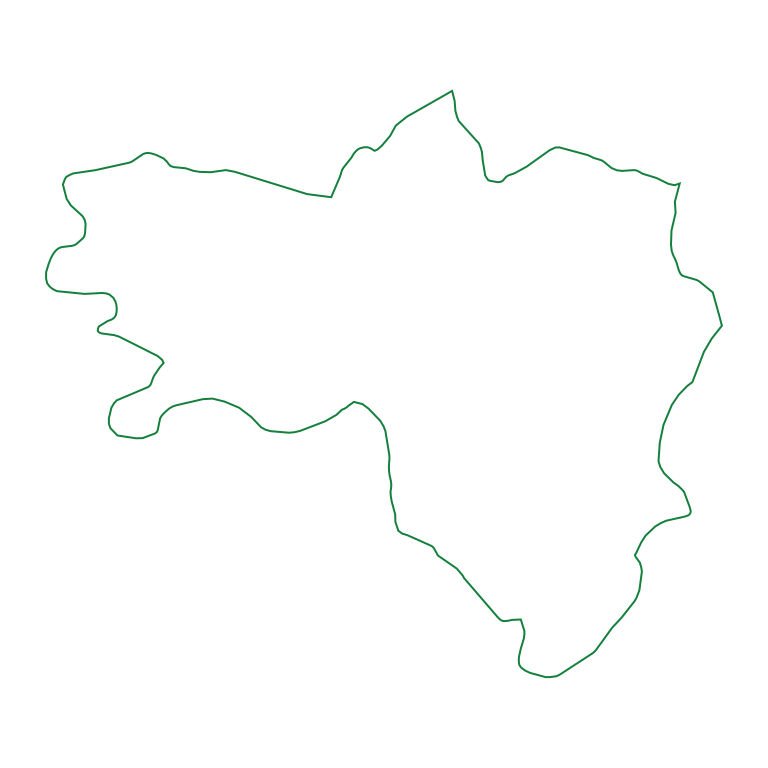 SVG path tracing the border of Wardak
{"feature_id": "AFG-1774", "entity_name": "Wardak", "entity_type": "Province", "adm_level": 1, "iso_a3": "AFG", "parent_name": "Afghanistan", "parent_adm1": "", "projection": "equal_earth", "projection_center": [68.09, 34.238], "detail": "fine", "context": "isolated", "style": "outline", "palette": "green", "viewbox_px": 768, "rotation_deg": 0, "n_neighbors": 0, "source": "natural_earth", "source_scale": "10m", "svg_char_len": 3438}
<svg xmlns="http://www.w3.org/2000/svg" viewBox="0 0 768 768"><path d="M679.7,183.5L674.9,201.6L675.6,213.0L671.5,230.4L671.0,244.6L671.7,250.9L673.2,255.3L674.9,258.6L676.7,263.1L678.7,269.9L680.1,273.2L681.8,275.3L684.0,276.3L696.5,279.9L699.3,281.4L712.8,292.4L719.8,317.7L721.9,325.7L711.7,338.6L703.9,351.9L692.4,382.1L687.0,386.2L678.7,394.8L671.8,405.0L663.5,424.9L659.8,442.7L658.5,461.3L660.4,467.2L664.2,473.4L673.4,482.4L678.3,485.9L682.4,489.9L684.1,492.0L689.9,507.6L690.6,510.6L690.7,511.6L690.2,513.6L688.6,515.2L685.1,516.5L666.2,520.7L660.5,523.3L655.2,526.5L645.6,535.6L641.2,542.4L636.0,553.4L635.0,554.8L635.2,555.7L635.8,557.1L639.9,562.7L641.3,567.6L641.9,571.5L639.4,590.2L636.4,598.0L634.7,601.0L621.6,617.6L612.1,627.8L595.5,650.7L592.8,653.1L559.5,674.8L556.2,676.3L549.6,677.1L545.5,677.1L529.8,672.8L524.7,670.3L521.2,667.6L520.2,666.2L519.4,665.1L518.8,661.8L518.9,657.2L520.8,648.6L524.0,638.0L524.4,633.9L524.4,631.0L520.8,619.5L512.0,619.9L508.5,620.7L504.6,621.1L502.7,621.0L500.3,619.7L497.7,617.2L464.0,578.0L462.6,575.4L456.8,568.6L437.9,555.5L433.8,547.9L431.8,546.1L407.2,535.1L402.2,533.6L398.3,530.7L395.4,521.8L395.2,514.5L391.7,501.4L390.8,496.1L390.5,491.6L391.1,488.2L391.3,484.4L390.8,480.6L389.5,474.8L389.0,470.3L388.9,465.9L389.5,458.3L389.2,454.3L385.4,431.0L383.4,426.0L380.2,420.7L368.4,408.5L362.5,404.1L353.9,401.9L348.3,405.9L347.0,407.1L344.3,408.8L342.1,409.6L336.5,414.8L325.2,421.3L300.1,430.9L294.1,432.3L289.0,432.7L270.8,431.2L265.5,429.7L261.1,427.3L251.3,417.0L239.1,407.7L224.6,401.6L212.5,398.6L202.6,399.2L175.9,405.4L172.7,406.5L169.2,408.5L164.2,412.9L161.6,415.8L160.1,418.4L157.7,430.3L156.9,432.0L155.0,433.5L142.7,438.1L136.1,438.3L117.5,435.5L110.5,428.3L108.9,423.8L108.9,418.3L111.4,407.7L114.0,403.3L116.8,400.3L148.4,386.9L150.0,385.5L151.0,383.8L152.8,378.7L154.0,375.9L159.7,367.5L163.6,362.9L162.2,359.9L157.6,356.0L119.0,336.6L114.1,335.1L101.4,333.4L99.2,332.5L97.8,331.1L98.0,328.4L98.9,326.4L107.7,321.0L110.8,319.9L112.2,319.2L113.9,318.0L115.2,316.4L116.1,314.4L116.6,311.7L116.7,308.3L116.4,305.0L115.3,301.3L113.4,297.9L109.4,294.5L105.8,293.3L101.8,293.0L84.6,293.9L57.2,291.2L54.5,290.0L51.8,288.4L49.3,286.2L47.1,283.1L46.1,278.6L46.1,272.3L48.6,264.0L50.6,258.8L52.6,254.9L54.6,252.0L56.6,249.8L59.0,248.1L61.6,247.1L72.1,245.8L74.3,245.2L76.2,244.2L83.0,238.2L84.4,236.0L85.1,232.9L85.6,223.9L84.7,219.9L82.6,216.2L70.8,205.4L66.7,199.0L62.9,184.5L65.0,178.9L66.3,176.9L70.2,174.7L73.4,173.4L95.2,170.2L129.6,162.6L132.1,161.5L143.2,154.0L145.6,153.2L147.9,152.9L151.6,153.5L156.1,154.9L163.6,158.5L166.7,161.4L168.7,164.1L170.5,166.0L173.7,167.1L185.8,168.3L193.3,170.8L199.8,171.9L211.0,172.2L225.8,170.1L234.9,171.8L307.1,194.1L331.2,197.2L340.0,176.6L342.0,170.1L343.6,167.5L351.3,157.8L353.9,153.5L356.6,150.4L359.4,148.5L363.9,147.3L367.4,147.2L370.2,148.1L374.6,150.8L377.7,149.4L382.0,145.5L390.2,135.8L395.8,125.6L407.0,116.6L452.1,90.9L454.6,100.7L455.4,110.9L457.0,116.8L458.7,121.0L478.9,143.4L481.0,148.4L482.0,152.4L482.7,160.3L485.2,175.5L486.6,177.8L488.3,180.2L490.5,180.9L498.0,182.2L500.8,181.8L502.8,180.7L506.1,176.9L508.2,175.5L514.7,173.2L526.7,166.6L549.8,150.1L555.4,147.5L559.3,147.4L588.2,155.2L593.7,157.9L600.6,160.0L602.3,160.7L604.2,162.0L611.3,167.9L616.9,170.3L622.1,170.9L634.0,170.1L637.1,170.6L642.8,173.8L656.5,178.0L668.5,183.9L674.7,185.2L679.7,183.5Z" fill="none" stroke="#15803d" stroke-width="2"/></svg>